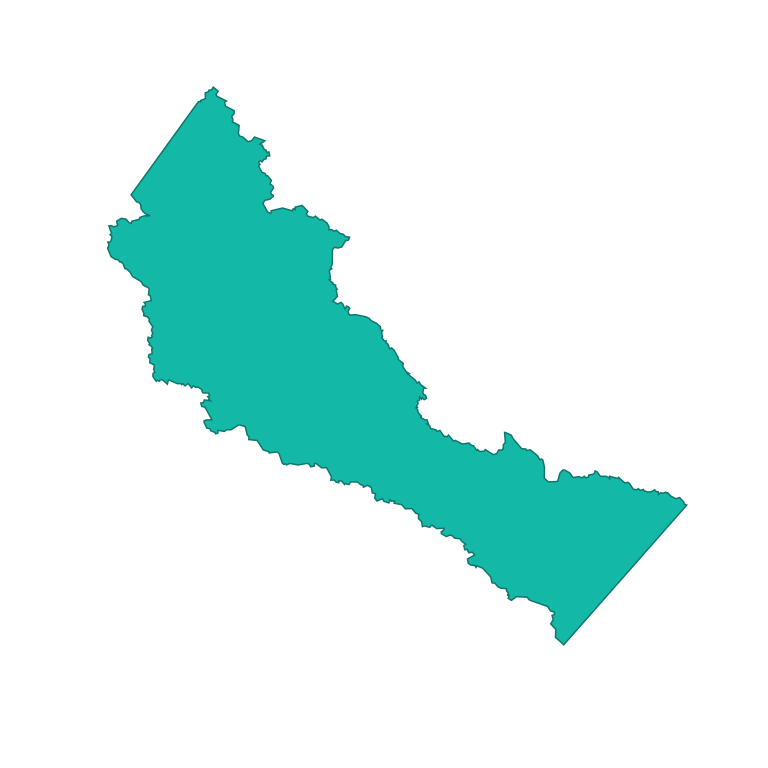 the district of São Félix do Xingu, Pará, Brazil, rotated 306°
{"feature_id": "56859067B65108742349990", "entity_name": "São Félix do Xingu", "entity_type": "district", "adm_level": 2, "iso_a3": "BRA", "parent_name": "Brazil", "parent_adm1": "Pará", "projection": "equal_earth", "projection_center": [-52.202, -7.461], "detail": "fine", "context": "isolated", "style": "filled", "palette": "teal", "viewbox_px": 768, "rotation_deg": 306, "n_neighbors": 0, "source": "geoboundaries", "source_scale": "gbopen_adm2", "svg_char_len": 6110}
<svg xmlns="http://www.w3.org/2000/svg" viewBox="0 0 768 768"><g transform="rotate(306 384 384)"><path d="M278.7,682.7L464.0,700.1L463.3,697.7L464.7,695.8L465.9,690.0L462.7,687.5L461.9,682.4L462.7,677.2L461.7,676.5L462.1,675.5L459.1,673.5L458.9,671.9L456.0,671.0L458.0,669.3L456.8,666.9L457.5,665.2L453.6,663.3L451.6,660.8L450.5,657.1L451.2,655.9L448.7,654.1L448.7,651.2L447.0,650.6L445.4,647.5L447.8,641.2L447.8,639.2L445.5,637.0L446.3,628.5L444.9,628.4L442.0,620.9L439.4,622.9L440.5,620.7L439.7,617.6L436.5,613.4L438.2,607.7L437.7,605.9L434.6,606.8L430.7,603.2L428.7,604.0L426.7,602.4L427.2,600.4L424.3,599.1L423.7,596.2L419.4,591.9L421.2,587.0L420.7,581.1L419.7,579.3L415.4,578.7L407.2,581.7L401.4,574.6L402.0,569.0L410.7,563.0L415.9,557.2L415.8,555.4L414.3,554.6L416.3,549.9L416.7,541.0L414.0,538.4L414.8,537.0L412.6,533.4L415.6,520.5L417.4,517.1L416.2,511.0L415.7,510.0L408.2,516.4L404.8,516.3L401.9,518.4L399.8,518.3L398.1,515.6L393.8,516.1L391.0,513.7L390.5,504.5L388.3,504.4L385.6,501.0L386.0,498.2L384.8,498.0L386.6,492.7L385.7,490.6L386.2,487.5L381.5,482.7L380.2,474.7L378.6,474.0L380.6,466.2L378.5,466.2L377.0,463.1L379.3,456.5L376.7,454.6L377.5,453.1L375.4,447.9L377.1,445.2L376.7,442.1L377.8,443.4L380.3,439.9L379.1,438.6L378.4,433.2L380.0,433.1L381.0,428.3L383.1,426.3L383.4,423.9L384.8,424.7L385.0,423.5L388.4,423.0L389.7,421.1L391.9,422.2L394.4,420.5L393.8,423.3L395.3,422.9L395.0,425.7L397.4,426.8L399.2,424.4L398.9,422.3L399.9,420.4L404.0,418.6L405.1,420.1L405.0,414.1L406.4,411.0L404.1,410.1L405.5,407.3L406.1,396.9L407.2,398.1L407.1,393.9L409.3,388.8L412.0,387.4L412.3,380.8L413.7,380.0L417.4,372.0L417.7,369.0L415.7,367.9L418.6,363.6L418.4,361.4L420.1,360.3L419.0,359.3L420.2,354.8L421.5,354.9L424.0,351.8L426.6,351.5L425.8,350.3L426.4,348.9L428.3,347.4L428.7,342.2L427.7,336.7L428.4,333.2L427.6,329.6L423.4,320.3L419.5,315.6L421.2,312.3L425.1,311.8L425.6,309.5L425.0,307.8L421.6,308.6L424.6,303.4L424.7,301.1L421.4,299.4L420.9,293.8L427.5,294.9L431.8,290.1L433.1,290.5L434.1,287.6L435.5,286.9L434.7,283.8L435.7,283.5L436.0,278.2L437.2,279.2L443.8,273.0L446.5,274.0L446.7,272.5L450.3,271.8L462.5,263.3L465.3,263.5L467.1,267.0L470.2,269.3L477.2,268.7L479.5,270.6L482.5,269.9L480.6,266.1L481.2,263.0L479.9,259.9L480.4,255.0L478.3,253.9L478.2,250.9L476.5,248.8L479.0,246.9L480.7,243.3L480.9,236.9L478.9,235.8L479.5,229.9L477.0,228.8L475.0,223.8L475.8,221.3L478.9,220.9L480.3,212.8L474.9,208.1L473.0,209.7L472.5,207.5L470.3,208.1L466.7,198.5L457.8,190.8L456.6,192.1L455.2,191.8L454.8,188.5L458.9,179.9L462.5,179.7L466.7,183.2L470.7,184.1L471.7,183.5L471.1,181.6L472.7,179.5L477.5,179.5L478.9,177.7L478.9,174.1L482.5,173.3L484.1,167.4L483.2,166.5L484.5,163.9L483.5,160.9L486.5,154.5L488.7,154.6L489.7,152.2L490.9,152.2L492.1,152.9L492.0,154.8L495.3,154.9L497.0,156.3L499.1,154.9L501.5,157.4L504.1,154.5L502.6,153.0L503.9,150.7L503.4,148.9L505.6,145.2L504.8,142.5L510.7,144.7L507.7,134.1L503.0,133.9L500.1,131.6L500.8,124.8L499.8,121.5L500.9,119.1L508.1,114.8L507.0,107.2L509.0,106.5L511.1,103.5L514.7,103.8L517.0,102.2L515.6,92.4L518.4,89.3L520.3,90.1L518.6,80.0L519.4,77.9L523.4,77.7L523.8,71.4L520.5,71.6L519.0,69.7L517.1,70.1L514.4,68.3L509.9,71.8L505.6,69.0L504.8,69.9L503.3,67.9L388.4,68.2L385.9,77.0L386.7,78.1L386.5,81.2L382.9,84.6L382.0,87.4L381.4,90.5L382.5,95.8L379.1,91.2L375.3,88.6L373.1,89.1L367.7,84.4L365.2,85.1L364.7,82.8L365.8,78.4L363.6,74.1L358.7,72.0L355.5,75.5L352.3,72.9L351.8,70.2L350.2,68.5L345.6,75.3L343.9,74.6L343.3,77.3L339.6,79.0L337.6,78.8L336.5,77.2L334.9,79.7L331.3,80.7L326.6,88.3L326.9,93.3L328.3,96.2L327.4,98.3L328.3,99.7L327.9,102.3L325.1,106.4L325.8,108.6L325.2,112.7L323.2,117.6L324.1,127.2L322.4,131.3L323.4,137.0L322.5,138.4L317.7,141.0L318.2,142.8L314.6,146.7L309.0,142.0L308.5,143.9L306.4,145.1L305.0,143.1L302.4,144.2L299.9,148.4L298.0,149.4L299.2,152.6L298.8,155.9L296.7,156.9L294.4,163.3L290.9,164.2L288.9,167.3L286.4,167.6L285.9,168.9L284.3,168.4L283.2,165.7L280.5,167.1L278.9,170.9L277.6,170.9L277.8,173.8L276.7,175.9L275.8,175.5L272.3,178.6L269.7,176.6L267.3,177.6L266.9,179.8L263.5,182.0L264.4,187.2L260.2,189.2L259.1,191.6L256.8,191.0L254.4,192.4L253.0,195.7L252.4,198.2L253.7,198.2L254.2,200.6L255.9,200.5L257.2,202.5L256.5,208.8L260.7,207.2L262.8,216.6L264.8,219.3L264.6,220.8L266.0,221.0L265.5,224.1L269.2,225.3L267.8,230.7L270.5,230.7L270.5,233.5L272.2,235.3L272.5,239.3L270.3,242.6L273.5,247.3L272.3,249.7L270.1,248.8L270.1,250.8L268.5,251.2L268.4,253.3L265.5,248.0L262.6,248.8L261.1,247.0L260.0,247.9L258.8,249.8L260.0,252.9L253.9,265.8L250.5,261.4L248.4,260.1L247.2,261.0L244.2,266.7L245.6,269.3L244.3,271.4L245.5,275.6L244.7,277.1L246.6,278.5L248.9,276.9L251.8,282.7L254.5,283.5L257.0,287.1L265.8,290.6L268.0,296.8L262.6,302.9L261.8,306.0L259.5,307.2L263.8,314.5L259.7,325.1L261.6,330.8L260.7,331.6L266.3,337.5L266.0,340.1L260.2,348.2L260.0,350.2L261.5,351.2L261.2,352.6L264.4,354.6L268.1,362.2L274.4,368.2L275.2,370.6L273.9,373.4L276.6,375.9L278.7,374.6L279.8,375.5L279.5,382.9L282.6,386.7L278.0,396.1L274.9,397.5L277.0,400.2L276.5,402.6L277.5,405.4L279.2,404.3L280.6,406.8L279.5,411.1L280.6,411.0L281.9,414.7L285.3,414.6L289.2,420.4L288.8,424.2L289.7,426.5L288.4,428.0L292.5,430.3L292.8,434.6L289.0,438.5L290.4,441.6L286.2,443.6L285.2,447.0L290.2,450.2L289.1,452.8L290.6,457.8L293.9,457.0L293.5,458.8L295.6,461.4L293.5,462.3L296.8,469.3L295.6,474.7L299.6,479.8L298.1,485.6L299.2,488.6L295.3,491.0L294.8,495.3L291.2,498.9L293.0,500.1L294.9,505.2L298.1,505.5L298.0,511.5L302.5,517.3L301.3,518.2L297.9,517.2L296.6,518.4L297.3,524.2L300.2,525.9L301.5,528.2L300.8,531.7L303.5,536.4L302.4,539.6L302.4,544.3L300.1,543.6L297.4,546.8L299.1,548.5L297.3,551.7L299.8,554.4L299.0,557.8L291.5,554.4L288.4,557.6L288.6,560.8L290.6,564.1L289.8,566.3L291.5,566.0L293.0,572.2L290.6,583.8L286.6,588.4L288.1,590.8L286.9,595.1L287.5,598.7L290.5,603.5L288.7,604.6L288.0,607.3L285.8,608.2L286.5,609.3L283.6,610.5L283.9,614.3L289.8,616.1L295.8,625.3L294.7,628.0L295.1,630.3L300.2,647.0L298.3,652.2L299.7,656.1L297.3,657.3L295.6,656.0L292.7,659.5L287.9,659.8L286.5,667.1L279.9,671.6L278.7,682.7Z" fill="#14b8a6" stroke="#0f766e" stroke-width="1.5"/></g></svg>